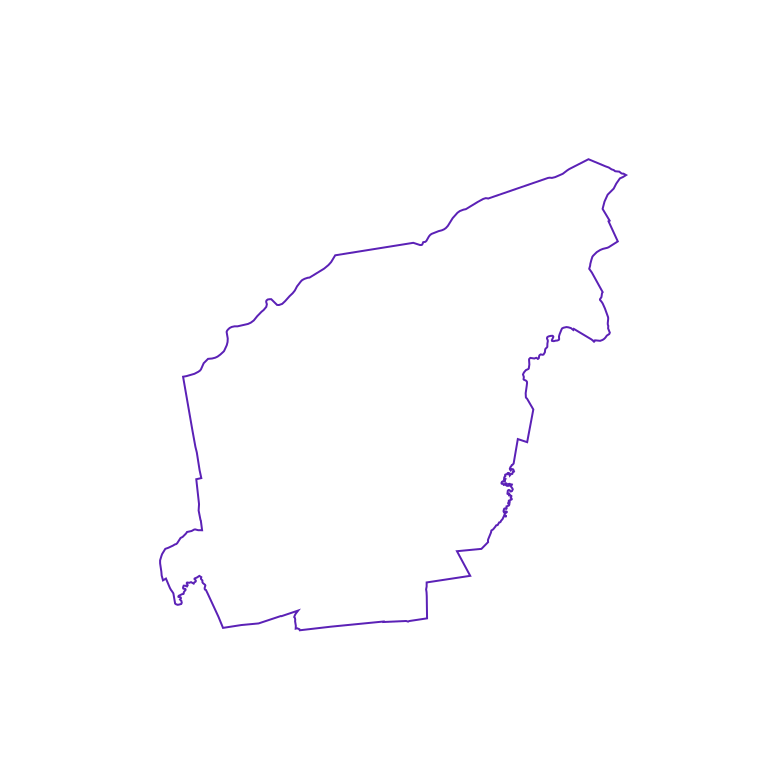 Draganesti, Suceava, Romania (Equal Earth projection), rotated 293°
{"feature_id": "2599482B31122548241895", "entity_name": "Draganesti", "entity_type": "district", "adm_level": 2, "iso_a3": "ROU", "parent_name": "Romania", "parent_adm1": "Suceava", "projection": "equal_earth", "projection_center": [26.414, 47.314], "detail": "fine", "context": "isolated", "style": "outline", "palette": "violet", "viewbox_px": 768, "rotation_deg": 293, "n_neighbors": 0, "source": "geoboundaries", "source_scale": "gbopen_adm2", "svg_char_len": 6141}
<svg xmlns="http://www.w3.org/2000/svg" viewBox="0 0 768 768"><g transform="rotate(293 384 384)"><path d="M337.9,543.2L339.3,540.8L340.5,541.0L341.5,541.0L341.5,540.8L341.2,540.3L340.5,540.2L340.0,539.9L340.1,539.5L341.2,538.8L341.0,538.2L340.6,537.8L340.2,537.8L339.8,538.5L339.2,538.7L338.6,537.8L338.3,536.9L338.5,535.9L338.9,535.7L340.2,535.8L340.3,535.5L340.2,534.8L339.7,534.5L338.2,534.1L337.9,533.7L338.6,532.5L338.2,531.4L338.3,531.1L338.9,530.8L339.9,530.8L340.6,531.2L340.9,531.5L341.0,532.3L341.3,532.9L341.8,533.3L342.6,533.0L342.4,532.3L342.9,531.9L344.0,532.7L344.1,531.7L344.2,531.4L345.0,531.2L345.7,531.3L346.3,531.7L346.8,531.3L347.9,531.0L348.2,531.2L348.4,531.8L349.2,532.3L349.3,533.1L350.3,532.7L350.6,532.9L350.8,533.4L350.8,534.4L349.0,535.6L350.9,536.2L351.4,537.2L353.6,537.0L353.9,537.1L353.9,537.7L354.5,537.8L354.9,537.1L355.7,536.6L355.9,536.1L355.9,535.8L355.5,535.6L355.4,535.3L355.5,534.6L354.0,534.4L354.6,533.3L355.2,532.9L357.2,532.9L358.3,533.3L359.3,533.3L359.7,533.8L361.4,534.4L385.6,528.7L386.4,538.5L418.9,531.4L426.4,521.4L426.8,520.3L427.2,519.8L430.9,518.0L437.7,516.2L440.8,515.3L441.9,514.7L442.3,514.1L442.6,513.1L442.6,511.1L442.9,510.6L445.1,510.0L447.1,508.2L449.3,508.3L452.2,509.2L454.2,511.0L454.8,511.2L458.7,510.2L463.1,508.0L463.8,507.9L465.2,508.5L466.2,512.4L467.6,513.9L467.6,514.4L467.2,515.8L467.5,516.1L468.2,516.4L470.4,515.9L471.1,515.9L471.8,516.2L472.5,516.7L472.8,518.4L473.4,519.3L476.0,519.7L478.7,518.9L479.5,518.9L481.4,519.7L482.0,519.8L485.1,518.6L487.3,518.1L488.3,517.6L489.5,516.3L490.6,516.0L491.3,516.2L492.3,517.1L493.4,518.6L494.2,520.2L494.1,520.9L493.7,521.4L493.2,521.5L490.0,521.4L489.5,521.6L489.3,521.9L489.8,523.6L491.0,525.1L491.7,526.5L492.8,527.6L493.7,527.7L496.1,526.5L498.4,526.2L503.6,526.1L504.7,526.2L505.9,527.2L507.7,529.7L508.2,531.6L508.5,534.2L507.7,537.1L508.9,537.2L506.1,557.5L505.7,558.9L505.0,560.8L505.7,561.1L506.4,560.9L506.8,561.6L508.2,566.1L510.0,568.0L511.7,569.1L513.3,569.7L515.6,570.2L518.0,571.8L519.5,571.8L522.7,568.6L525.2,567.7L526.0,566.9L527.4,566.2L531.6,564.9L533.0,564.2L539.8,557.9L543.6,553.8L544.6,552.3L545.8,550.0L546.4,549.7L549.0,550.2L552.8,549.2L554.0,549.4L567.8,531.8L570.2,527.9L573.5,527.5L575.1,527.0L579.2,526.4L582.6,526.1L583.8,526.4L588.5,528.3L591.9,530.7L593.9,532.7L596.6,536.3L597.6,537.3L606.6,543.5L621.5,527.1L622.5,527.9L630.6,516.8L638.1,515.7L645.7,515.9L653.6,519.1L659.2,519.5L665.4,520.8L667.9,523.1L670.9,525.2L671.2,522.3L670.7,521.0L670.7,520.1L671.4,517.6L670.2,513.7L670.3,513.0L670.7,511.9L670.5,509.6L671.1,506.3L670.9,502.8L670.8,484.4L654.3,470.6L652.4,469.3L647.3,466.4L641.3,460.7L639.3,458.0L638.7,456.0L637.8,454.5L595.4,407.4L595.3,406.6L594.8,405.0L593.1,403.0L588.3,399.2L576.9,391.0L575.6,389.1L572.8,386.2L570.3,384.7L563.5,382.4L554.5,381.0L551.7,380.0L549.8,378.8L548.1,377.2L546.1,374.6L540.7,369.1L539.1,368.2L537.4,367.7L532.3,367.1L531.0,366.5L529.9,364.7L527.3,364.7L526.7,364.3L526.0,362.9L525.4,355.8L483.4,288.8L475.6,287.7L471.8,286.4L466.8,283.8L452.9,273.9L452.0,272.3L449.8,269.8L447.7,268.1L446.0,267.4L439.9,265.8L435.2,265.4L432.0,264.5L428.1,262.8L421.6,260.6L418.0,259.0L415.7,256.5L415.0,254.7L418.0,247.1L417.3,245.5L416.4,244.0L415.2,243.3L414.2,243.2L413.2,243.7L411.7,245.0L409.0,245.5L405.1,244.3L402.6,243.0L396.9,240.8L391.6,239.3L388.4,237.4L386.1,235.3L379.9,226.7L378.7,223.9L377.0,221.5L375.2,220.0L372.9,219.0L371.4,218.7L370.4,218.8L364.8,222.4L361.5,223.6L358.2,224.1L351.9,223.9L351.0,223.6L347.1,221.8L344.2,220.1L342.3,218.4L340.3,215.8L338.4,212.2L332.7,209.9L326.0,209.8L324.5,209.4L322.7,208.3L319.3,205.5L314.0,199.0L312.2,196.2L266.4,225.8L252.4,235.0L247.9,238.4L232.5,248.0L226.0,252.6L223.0,248.4L201.1,260.7L195.1,262.8L187.0,268.3L186.8,268.7L178.3,273.7L176.8,270.0L176.4,267.1L175.9,266.2L173.5,264.3L170.8,260.5L169.1,260.2L164.6,258.4L162.8,256.9L156.5,255.8L155.4,255.2L154.5,254.1L152.8,252.9L148.9,249.4L146.8,247.1L140.8,246.2L138.9,246.3L134.2,246.8L131.4,248.0L124.2,252.4L120.8,254.2L116.9,257.3L119.7,259.3L112.7,266.5L111.2,268.4L110.4,269.8L109.0,271.9L100.3,277.5L100.0,278.6L100.1,280.2L100.7,281.3L102.3,283.3L103.6,283.3L105.2,282.2L105.9,280.4L107.3,280.8L108.0,280.4L108.2,280.0L107.7,278.0L107.9,277.8L108.8,277.8L109.3,278.2L111.7,280.3L112.3,281.3L112.7,281.5L113.9,281.1L114.8,281.2L117.0,281.8L117.5,281.5L117.7,281.0L117.2,279.4L117.4,279.0L118.3,278.5L120.1,278.4L120.7,279.9L120.6,281.3L120.7,281.8L122.1,281.9L123.2,280.5L123.8,280.2L124.4,280.4L124.9,282.4L126.2,283.8L125.9,286.8L127.2,286.9L128.3,287.7L128.9,287.8L129.6,287.5L130.5,285.7L131.0,285.7L132.9,287.5L135.2,289.0L134.8,291.3L133.4,291.5L132.9,291.9L132.2,293.6L130.6,294.3L130.0,295.1L129.2,297.8L128.7,298.3L126.1,298.6L125.2,299.1L124.8,299.6L124.8,300.6L122.1,303.7L105.1,322.5L96.6,331.1L106.4,346.9L114.6,362.1L130.1,379.7L130.2,380.3L141.9,393.5L138.2,392.5L136.4,392.3L134.4,392.4L134.3,392.7L133.6,393.6L132.3,394.4L130.8,394.9L127.0,397.3L124.3,398.3L125.2,399.5L125.2,402.0L124.4,402.7L139.9,430.0L165.2,476.4L164.7,476.5L174.5,497.0L174.7,499.0L175.7,499.9L185.1,515.2L205.3,506.3L209.0,504.5L211.4,503.0L214.2,502.4L218.0,500.8L241.1,538.3L258.6,516.5L270.3,538.1L279.1,541.6L280.4,540.9L281.5,540.6L289.1,540.5L291.1,540.1L292.9,541.3L296.4,542.3L297.5,542.4L298.1,542.9L298.5,543.7L301.6,544.1L302.1,544.9L302.7,545.2L303.9,545.2L305.9,545.9L309.3,546.0L309.6,547.9L309.8,548.0L310.3,547.8L310.4,546.6L310.7,546.0L311.2,545.8L312.3,546.1L313.9,547.1L314.2,547.1L314.4,546.8L314.4,546.0L313.9,545.4L312.8,544.8L312.8,544.5L313.5,543.8L314.5,543.5L316.2,543.4L316.6,543.8L316.9,544.2L316.7,545.2L316.9,545.4L317.4,545.5L319.2,544.6L320.8,546.3L321.4,546.5L322.8,546.3L323.0,546.0L322.5,545.1L322.8,544.8L323.7,544.9L324.0,545.8L324.3,545.9L324.6,545.8L324.7,544.7L325.4,544.5L327.5,546.5L328.0,546.6L328.7,545.1L329.9,545.3L330.7,544.9L330.5,544.3L331.0,543.8L331.1,543.5L330.4,543.1L330.3,542.6L332.0,542.0L332.0,541.7L331.1,540.8L331.2,540.5L334.0,539.7L335.0,540.0L335.3,540.7L335.2,541.5L334.5,542.3L334.7,542.9L335.4,543.6L337.3,543.7L337.9,543.2Z" fill="none" stroke="#5b21b6" stroke-width="2"/></g></svg>